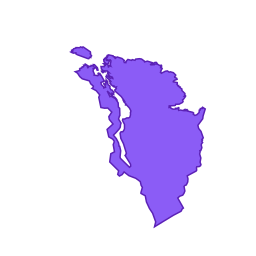 outline of Ballangen nor, Nordland, Norway, rotated 31°
{"feature_id": "86288312B95710758455481", "entity_name": "Ballangen nor", "entity_type": "district", "adm_level": 2, "iso_a3": "NOR", "parent_name": "Norway", "parent_adm1": "Nordland", "projection": "orthographic", "projection_center": [16.618, 68.237], "detail": "fine", "context": "isolated", "style": "filled", "palette": "violet", "viewbox_px": 256, "rotation_deg": 31, "n_neighbors": 0, "source": "geoboundaries", "source_scale": "gbopen_adm2", "svg_char_len": 5605}
<svg xmlns="http://www.w3.org/2000/svg" viewBox="0 0 256 256"><g transform="rotate(31 128 128)"><path d="M184.4,71.9L181.2,71.8L181.1,72.3L181.8,72.2L181.8,72.9L180.0,74.1L180.6,75.4L179.9,75.8L180.0,76.2L181.0,78.1L180.2,81.2L178.8,82.8L176.8,82.5L176.6,81.4L175.5,81.2L169.7,83.0L169.5,82.7L169.8,82.0L169.0,81.8L168.1,82.9L168.2,83.7L167.8,83.9L167.2,82.8L166.7,83.4L166.9,84.0L166.7,84.5L163.5,85.7L162.4,86.8L161.4,86.0L161.5,85.5L160.7,85.7L161.3,85.0L161.0,84.4L160.6,84.6L160.7,85.3L158.9,86.4L159.5,86.7L159.3,87.0L157.0,88.6L154.7,89.0L153.8,88.3L152.6,89.3L151.9,87.8L156.4,84.8L156.9,84.2L156.7,83.1L159.6,81.2L161.5,78.1L161.6,77.0L160.3,75.8L160.7,75.0L161.0,71.9L159.9,71.9L160.7,70.8L159.4,70.4L159.4,69.7L159.0,69.1L154.9,68.1L154.1,66.8L151.7,66.6L151.6,66.0L149.9,66.4L149.5,65.5L148.8,66.0L147.5,65.3L147.5,64.7L146.8,63.7L143.1,65.1L142.8,64.7L143.1,63.4L145.0,61.0L144.2,60.3L141.9,60.5L141.5,59.9L141.9,58.7L141.6,58.0L138.4,57.2L135.4,58.0L134.6,58.9L132.3,58.8L130.7,60.2L128.4,63.9L127.1,63.5L127.3,63.0L126.7,62.3L126.9,61.8L126.5,61.0L126.8,59.6L125.8,59.0L124.9,59.6L124.4,58.5L124.9,58.3L125.0,57.6L124.3,57.0L122.9,58.1L120.3,58.1L119.0,58.8L119.4,57.5L118.4,57.2L117.3,57.9L116.3,60.5L118.4,59.8L115.1,62.1L114.7,62.0L114.8,61.3L115.7,60.2L115.5,59.4L110.2,60.7L108.1,62.8L107.4,62.2L104.1,61.9L102.1,62.7L99.1,65.0L99.1,66.4L96.4,67.2L96.2,68.2L92.6,69.3L92.2,71.1L92.3,71.9L92.0,72.2L92.5,73.1L91.1,73.8L90.0,72.8L90.1,72.0L87.0,71.5L82.1,72.7L81.2,74.9L80.3,74.5L80.5,74.1L80.2,73.7L78.7,74.4L78.1,73.8L73.7,75.3L72.8,76.5L73.0,77.6L73.7,77.1L73.8,77.8L73.1,77.8L72.7,78.9L73.6,79.1L73.8,79.9L76.1,80.3L74.7,81.1L74.5,80.3L74.1,80.1L72.1,80.5L72.4,81.7L72.0,81.9L73.0,83.3L75.1,84.0L73.8,85.5L75.6,85.6L76.8,83.9L78.1,83.3L77.6,83.4L77.9,82.7L77.5,80.0L76.6,79.6L77.7,78.7L78.8,79.2L79.7,81.4L79.7,82.2L80.7,83.1L80.1,83.7L81.0,84.0L79.7,84.3L79.8,85.6L80.3,86.3L78.1,84.0L76.9,84.2L76.2,85.1L76.4,86.0L75.6,87.0L75.9,87.7L73.2,89.2L74.8,91.1L77.0,91.6L75.8,92.0L77.4,92.0L75.9,92.9L76.1,93.1L77.8,93.6L78.2,93.3L78.0,92.5L79.0,91.9L77.5,91.6L80.8,89.8L83.3,90.3L82.2,90.7L83.0,91.0L82.4,91.7L82.7,92.2L84.5,92.4L84.9,92.9L84.5,93.2L84.6,93.3L88.1,92.5L88.5,93.1L88.9,92.9L89.4,93.2L89.5,93.4L88.0,93.3L88.3,93.4L87.2,94.5L82.5,94.0L82.9,95.0L82.7,95.3L83.4,95.8L88.2,96.4L88.4,96.5L87.1,96.6L89.6,98.3L89.3,98.4L89.5,99.0L91.6,99.6L94.4,100.0L94.5,99.5L93.5,99.2L94.2,99.1L95.9,99.8L96.9,98.8L97.1,99.9L97.6,100.2L97.4,100.6L97.6,101.0L97.1,102.1L97.7,103.0L105.9,104.5L110.8,106.6L109.9,106.9L111.5,107.9L113.6,108.3L114.2,108.8L113.8,109.0L114.0,109.5L115.0,109.0L118.8,110.1L121.5,111.7L122.1,112.8L122.0,113.3L123.4,115.5L124.0,117.8L123.3,119.1L121.8,119.9L120.6,121.9L118.9,123.1L119.4,124.4L123.1,126.7L125.4,130.5L125.6,132.0L125.5,133.8L124.0,134.9L123.8,135.8L124.0,136.7L127.2,140.6L132.2,143.8L139.0,149.9L139.8,150.8L139.6,151.3L139.9,152.3L139.6,153.0L148.8,157.7L150.0,159.4L149.5,160.9L137.1,157.9L136.1,156.9L133.5,151.3L130.3,148.0L129.8,148.2L127.5,145.6L123.4,143.1L119.3,141.7L119.2,141.2L119.9,139.0L120.9,133.6L121.0,131.6L120.5,130.2L120.0,129.3L119.5,127.4L115.3,125.2L114.5,122.1L114.7,121.6L110.7,115.4L109.0,115.0L106.6,111.5L103.5,110.0L104.0,109.6L102.8,109.0L100.7,108.4L99.7,108.6L101.1,109.3L96.8,109.5L97.3,109.7L96.2,109.8L96.2,110.3L91.1,107.0L98.6,108.6L96.5,106.7L98.3,106.5L97.5,105.8L97.8,105.6L97.7,104.8L94.9,103.7L93.5,104.0L91.7,102.8L91.0,101.4L88.9,101.2L86.9,99.7L87.1,99.2L86.7,98.7L84.7,98.1L85.6,99.2L84.6,99.2L84.4,99.7L84.6,100.1L85.9,100.8L86.5,102.1L83.8,102.5L85.9,103.1L87.8,104.7L86.6,106.1L85.8,105.2L82.9,104.6L81.3,102.9L83.0,101.0L82.9,100.6L83.3,99.8L78.2,96.9L77.0,97.0L76.5,96.7L77.5,96.6L75.7,95.7L75.2,96.1L76.4,96.6L74.5,96.1L74.2,96.6L75.3,97.7L75.2,98.7L71.7,100.1L71.3,99.0L68.8,97.2L68.0,95.5L68.3,95.0L67.7,94.8L68.4,94.3L68.0,93.4L68.8,93.1L70.4,93.3L71.8,94.4L72.5,93.8L70.7,92.1L66.6,91.0L65.6,91.5L65.9,91.8L65.7,92.0L65.9,92.6L66.4,92.8L64.3,93.3L64.1,93.4L64.4,94.4L62.4,95.3L62.9,96.3L62.6,97.0L61.7,96.5L62.2,96.1L61.6,95.3L58.3,95.2L57.9,95.6L58.9,95.3L59.2,95.9L58.0,96.7L58.5,96.8L58.0,97.8L58.3,98.5L57.2,99.2L57.4,100.5L56.2,101.5L56.1,102.4L56.8,102.9L57.0,103.6L53.8,106.9L56.5,107.0L60.2,108.8L63.4,109.4L70.7,107.5L73.2,109.3L76.8,110.0L77.2,111.5L76.7,112.6L81.6,112.4L86.7,114.2L87.1,116.7L94.2,124.4L97.7,123.1L100.4,121.3L105.9,122.7L105.7,128.1L107.6,130.3L113.1,132.3L110.8,140.0L116.1,145.5L120.6,145.4L122.8,146.3L123.4,147.3L123.9,149.9L128.7,155.4L126.5,158.9L129.8,166.5L142.0,169.5L143.1,173.1L145.4,173.6L147.0,170.9L147.3,167.7L153.3,168.4L160.6,167.1L166.1,167.6L168.8,170.4L170.9,171.5L172.3,176.6L172.8,177.4L177.7,177.2L181.9,181.9L187.8,185.9L193.0,188.4L200.1,194.2L201.6,199.0L211.8,179.5L216.2,172.3L216.4,171.5L216.1,169.8L216.7,168.1L206.7,162.4L207.5,159.8L209.5,157.4L209.6,155.1L209.2,152.7L206.1,149.2L206.4,147.9L207.3,146.8L207.0,143.5L205.6,140.7L203.4,138.5L208.6,129.8L208.6,128.8L207.1,126.7L206.9,125.8L208.9,124.4L209.6,123.0L209.4,121.8L207.4,120.2L205.9,116.2L202.8,113.4L202.1,111.3L201.3,110.4L202.0,109.9L201.5,106.9L199.6,104.9L199.1,103.5L199.5,102.1L198.0,101.2L198.1,99.9L197.2,99.7L197.6,97.7L192.3,93.3L188.8,92.0L186.5,89.7L187.3,81.6L186.2,79.1L184.4,71.9ZM56.5,82.1L47.9,81.6L47.3,82.1L47.4,82.6L45.6,82.9L45.1,84.1L42.0,85.9L42.2,86.3L40.6,88.1L40.5,89.0L39.3,90.9L41.4,89.7L40.5,90.8L40.8,91.0L40.4,91.4L41.0,91.6L40.2,92.3L40.5,92.3L42.6,92.0L44.6,90.4L45.2,91.3L46.8,91.3L57.8,89.2L58.7,88.8L58.8,87.0L59.8,86.8L59.4,85.9L59.6,84.9L57.4,83.9L57.5,83.3L56.5,82.1Z" fill="#8b5cf6" stroke="#5b21b6" stroke-width="1.5"/></g></svg>